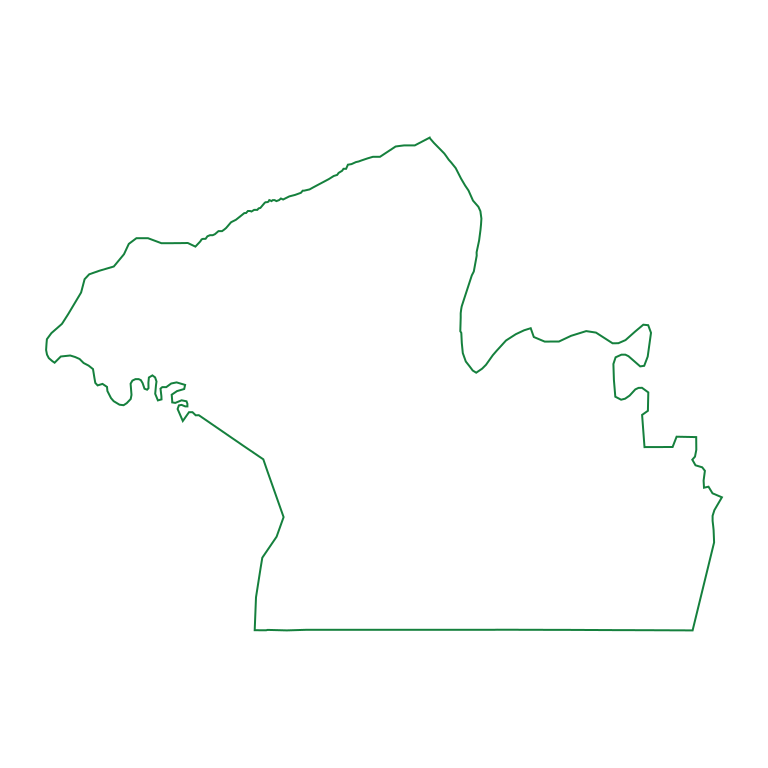 the district of Foni Bintang Karanai, West Coast, Gambia
{"feature_id": "56634734B67575656085362", "entity_name": "Foni Bintang Karanai", "entity_type": "district", "adm_level": 2, "iso_a3": "GMB", "parent_name": "Gambia", "parent_adm1": "West Coast", "projection": "natural_earth1", "projection_center": [-16.253, 13.246], "detail": "fine", "context": "isolated", "style": "outline", "palette": "green", "viewbox_px": 768, "rotation_deg": 0, "n_neighbors": 0, "source": "geoboundaries", "source_scale": "gbopen_adm2", "svg_char_len": 3473}
<svg xmlns="http://www.w3.org/2000/svg" viewBox="0 0 768 768"><path d="M530.7,328.2L524.1,330.3L515.8,334.2L506.0,340.5L496.7,350.7L492.8,355.2L486.0,364.8L482.1,368.7L476.2,372.7L472.7,370.5L469.8,366.6L468.7,365.2L465.8,361.5L462.8,353.1L461.8,343.0L461.3,332.9L460.3,331.2L460.7,317.7L460.7,313.2L461.2,309.2L461.7,306.4L464.0,299.3L471.8,275.4L473.8,271.5L476.7,255.7L476.6,252.3L479.1,240.5L480.5,229.8L481.0,224.7L481.4,218.6L480.4,211.2L478.4,206.8L473.0,200.6L468.5,190.5L465.1,185.5L461.1,178.7L455.7,168.1L451.2,162.5L448.7,159.7L446.2,156.1L444.3,153.5L433.9,142.9L430.0,138.4L429.7,137.6L414.8,145.4L404.1,145.4L399.2,146.0L395.6,146.5L380.0,156.8L372.9,156.8L367.5,158.4L361.3,160.5L358.6,161.5L355.9,162.1L351.5,164.1L347.9,164.7L346.1,168.8L343.5,168.8L342.1,170.8L338.6,172.9L337.2,174.9L333.7,176.0L328.8,179.1L319.0,184.3L313.2,187.4L309.6,189.4L304.0,190.7L302.7,190.7L300.9,192.8L295.1,194.9L289.3,196.4L283.1,199.5L280.9,198.5L279.1,200.1L276.4,201.1L274.6,200.1L272.8,200.1L271.5,201.1L270.6,200.6L269.3,200.1L268.4,201.7L267.0,202.2L265.7,202.2L264.8,202.7L260.4,207.9L258.6,208.4L257.3,209.9L254.1,209.9L251.5,211.5L250.1,211.0L247.9,211.0L246.1,213.0L244.3,213.1L241.2,215.6L235.9,219.8L231.9,221.8L231.0,222.3L226.1,228.0L224.3,229.5L222.1,231.1L218.5,231.1L214.9,234.2L212.7,235.2L210.0,235.2L207.4,236.3L205.6,238.8L202.9,238.9L201.6,239.4L200.3,241.4L195.4,246.6L187.8,243.0L181.1,243.1L169.9,243.2L161.4,243.2L148.0,238.2L136.4,238.2L128.8,243.9L124.0,254.2L113.8,266.5L99.5,270.7L89.2,274.3L84.6,279.2L81.1,292.5L68.2,314.1L62.0,323.8L60.9,324.8L51.4,333.1L46.9,339.2L46.5,343.8L46.1,350.0L47.0,354.6L48.8,358.1L52.4,361.2L54.6,362.7L60.8,356.5L70.2,355.5L75.1,357.0L79.6,359.0L83.6,363.0L88.6,365.6L89.6,366.4L93.0,369.1L94.4,377.8L95.3,382.9L97.6,385.4L102.5,383.9L107.0,386.9L107.4,391.0L111.0,398.1L113.7,401.2L119.5,404.7L123.6,405.2L126.7,403.2L130.7,399.0L131.5,394.9L130.6,383.7L132.4,380.6L135.5,379.1L138.6,379.1L140.8,380.1L142.6,383.1L144.5,388.7L147.1,389.7L148.5,388.2L148.4,382.6L148.9,377.5L152.4,375.4L155.1,377.4L156.5,381.5L156.0,385.1L155.2,393.8L157.9,400.4L161.5,399.4L161.4,396.3L160.5,388.6L162.3,387.1L166.3,387.1L171.2,383.5L176.6,382.4L185.1,384.9L184.2,389.0L177.0,391.1L171.7,394.7L172.2,400.8L172.2,402.4L175.3,402.9L181.6,400.3L186.5,401.3L187.4,403.8L187.4,406.4L185.2,406.4L181.6,404.9L178.9,405.4L177.6,409.0L182.8,421.0L189.0,412.2L192.5,412.2L195.7,415.3L198.8,415.2L209.2,422.3L211.2,423.7L242.2,445.0L258.7,456.2L263.3,459.3L267.4,471.2L283.6,517.1L276.6,536.7L262.3,557.7L260.6,568.0L256.0,597.3L254.7,630.2L266.0,630.3L267.6,629.9L286.8,630.4L306.4,629.8L338.2,629.8L377.1,629.8L494.4,629.8L497.2,629.7L529.4,629.8L570.5,629.9L612.3,630.1L646.3,630.2L692.6,630.4L708.3,566.2L709.8,560.0L714.1,542.4L713.6,530.1L713.2,526.1L712.6,520.9L712.6,515.8L714.4,510.1L721.9,497.3L712.5,493.3L708.5,486.7L704.0,487.7L703.6,480.6L704.9,470.8L702.2,467.3L695.5,465.3L692.3,459.7L695.0,456.6L696.3,449.9L696.2,437.1L676.6,436.7L672.6,447.0L644.5,447.1L642.1,414.9L647.9,410.8L648.3,392.4L642.0,387.8L638.5,387.9L635.3,389.4L629.6,395.6L625.1,398.7L621.1,399.7L615.3,396.7L613.9,379.8L613.4,364.0L615.6,357.3L621.4,354.7L625.4,354.7L628.5,356.2L640.2,366.4L644.2,365.8L647.7,356.6L651.0,332.8L648.2,325.2L643.3,324.7L635.3,331.4L625.5,340.1L618.4,343.2L612.6,343.3L596.0,332.6L586.2,331.1L572.1,335.5L571.1,335.8L559.0,341.5L544.7,341.6L533.8,337.0L530.7,328.2Z" fill="none" stroke="#15803d" stroke-width="2"/></svg>